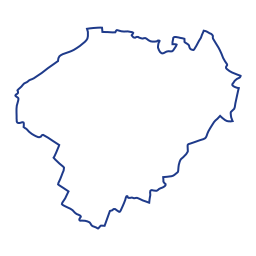 the district of Tan An, Long An, Vietnam
{"feature_id": "81297802B36271966780528", "entity_name": "Tan An", "entity_type": "district", "adm_level": 2, "iso_a3": "VNM", "parent_name": "Vietnam", "parent_adm1": "Long An", "projection": "albers", "projection_center": [106.404, 10.526], "detail": "fine", "context": "isolated", "style": "outline", "palette": "blue", "viewbox_px": 256, "rotation_deg": 0, "n_neighbors": 0, "source": "geoboundaries", "source_scale": "gbopen_adm2", "svg_char_len": 4757}
<svg xmlns="http://www.w3.org/2000/svg" viewBox="0 0 256 256"><path d="M232.6,121.1L232.1,119.9L231.2,117.4L230.9,115.5L230.7,113.3L230.7,112.9L230.9,112.0L231.6,111.3L232.2,110.7L234.2,108.8L234.8,107.0L235.4,103.2L237.3,94.4L238.2,90.3L238.8,88.1L237.1,87.8L234.9,87.0L233.4,86.2L232.4,85.2L232.3,84.5L232.6,83.7L233.4,82.8L234.7,80.8L236.8,79.0L239.6,77.6L240.1,77.1L240.6,76.1L240.6,75.8L237.3,74.6L232.1,72.5L229.4,71.0L226.8,69.0L226.1,68.1L226.0,67.2L226.2,66.6L227.1,65.2L227.1,64.6L227.0,64.2L224.9,61.1L223.1,57.9L221.5,53.8L219.8,50.1L218.5,47.6L215.9,43.4L213.0,38.6L212.8,37.5L212.9,36.0L212.3,34.9L211.2,33.9L209.5,33.2L207.2,31.8L205.6,31.1L203.7,30.7L203.2,32.1L202.0,34.7L200.9,37.8L199.0,40.8L196.3,45.9L194.7,48.5L194.1,49.5L193.4,50.0L192.8,49.9L192.2,49.8L190.7,49.2L189.9,48.3L189.4,47.1L189.0,45.5L188.4,44.7L187.5,44.0L185.9,43.0L184.7,42.2L184.5,41.8L184.5,41.0L184.5,39.7L184.4,38.8L182.6,38.3L179.8,37.8L178.8,37.5L175.9,37.0L174.7,37.0L173.8,37.3L173.3,37.8L173.0,39.7L172.5,42.1L172.5,44.2L174.3,44.2L175.9,44.3L176.6,44.6L176.2,45.8L175.2,47.4L173.1,50.5L172.0,51.3L170.8,51.4L168.5,51.2L166.9,51.5L166.1,51.8L163.9,53.0L162.7,53.4L161.5,53.2L160.0,51.9L158.8,49.8L158.6,49.1L158.0,47.7L158.0,46.3L158.3,44.2L158.7,42.6L159.4,41.6L159.5,40.8L158.9,40.5L158.0,40.5L156.6,41.4L154.6,41.6L152.5,41.6L150.6,41.3L148.6,40.3L146.5,38.7L145.4,38.1L144.2,38.1L143.0,38.5L142.1,38.5L140.5,38.1L138.7,37.4L138.2,37.0L136.9,36.9L136.0,37.2L135.1,37.7L134.4,37.6L133.5,37.4L132.7,36.6L131.9,35.6L131.7,35.2L132.9,33.6L133.2,32.9L132.7,32.4L131.9,32.1L130.6,31.9L127.8,31.4L125.1,31.5L123.6,31.5L121.4,31.3L117.8,30.3L116.9,30.1L116.3,30.5L115.9,31.1L115.3,32.3L112.7,32.4L108.1,32.1L104.0,32.0L102.4,31.9L102.2,29.3L102.0,27.7L100.3,27.6L97.7,27.7L93.4,28.0L89.7,28.4L87.0,28.8L87.9,31.9L87.9,33.8L87.9,36.1L87.4,38.6L86.3,40.3L84.8,41.9L79.8,46.0L76.7,48.1L73.8,49.9L71.5,51.0L69.5,51.8L66.9,52.7L64.1,53.7L62.9,54.1L61.0,55.1L59.5,56.2L58.6,57.8L58.3,58.8L58.0,61.1L57.2,61.6L54.0,63.9L48.0,68.1L41.7,73.0L37.5,75.8L33.8,78.3L31.9,79.2L30.2,79.8L28.9,80.5L27.8,81.5L26.8,82.2L25.5,82.8L24.1,83.5L22.8,84.9L21.4,86.6L20.2,87.7L18.5,89.2L17.5,90.3L17.7,90.6L17.8,91.3L18.0,91.8L18.0,92.8L17.8,93.2L17.4,93.6L16.9,94.0L15.9,94.6L15.4,95.4L15.4,95.6L15.6,96.0L16.2,96.5L17.9,97.7L18.3,98.2L18.4,98.7L18.4,99.4L18.1,100.9L17.4,103.5L16.8,105.6L16.5,108.8L16.5,112.3L16.6,116.2L16.6,119.0L16.7,119.6L16.7,120.3L16.7,121.2L16.8,121.5L17.0,122.1L17.4,122.6L18.0,122.9L18.7,123.0L19.5,123.0L20.4,122.8L21.9,122.3L22.6,122.2L23.0,122.3L23.5,122.5L23.7,122.9L23.8,123.6L23.8,124.2L23.8,125.4L23.7,126.3L23.6,127.0L25.0,128.1L26.1,128.7L27.0,129.5L29.0,131.7L31.8,133.9L34.0,135.2L35.9,136.2L38.1,137.1L39.3,137.2L40.8,136.7L41.6,135.6L42.0,135.2L42.5,135.0L43.2,134.9L43.7,135.2L47.9,137.6L53.0,141.0L58.4,144.5L59.2,145.0L58.9,146.0L56.1,152.7L54.3,156.6L53.6,157.7L55.2,159.5L59.5,163.6L63.4,166.8L64.0,167.7L63.9,168.6L63.6,170.6L62.7,172.7L61.4,176.1L60.2,179.1L58.4,183.0L58.2,184.0L58.1,184.4L59.1,185.2L63.6,188.1L68.5,191.4L65.1,198.5L62.3,202.7L61.9,204.1L62.6,204.9L64.4,205.9L67.7,207.5L70.3,208.7L72.6,210.2L73.5,211.2L74.9,212.7L76.6,214.0L78.6,214.8L80.3,215.7L80.8,216.5L80.7,217.0L80.3,217.5L79.3,219.2L79.5,220.2L80.2,220.7L81.9,220.6L85.1,220.8L87.4,221.4L89.6,222.4L90.6,223.7L91.1,224.7L91.8,225.5L92.5,226.1L93.9,226.6L96.2,227.5L97.7,228.4L98.3,228.4L100.5,225.9L101.0,225.6L104.6,225.8L109.9,211.0L112.2,210.3L113.3,209.3L113.9,209.0L115.2,209.1L117.2,210.6L119.1,211.8L119.7,211.8L120.6,210.7L122.7,206.1L124.0,203.1L125.3,199.7L125.8,197.7L126.4,196.4L127.0,196.1L127.5,196.4L127.7,197.2L128.2,197.7L128.7,197.9L129.8,197.9L130.6,197.8L131.5,197.6L132.0,197.6L132.7,197.8L133.8,198.2L134.6,198.2L135.5,198.0L136.2,197.9L137.1,197.9L137.7,198.1L139.4,198.8L142.7,200.4L145.9,201.5L148.8,202.6L149.2,202.7L149.5,199.8L149.8,197.8L150.1,196.2L150.3,195.0L150.2,193.4L150.1,192.4L150.4,190.8L151.2,190.2L151.8,190.1L153.6,190.5L156.2,190.8L157.0,190.6L157.9,190.0L158.9,189.1L160.4,188.3L162.6,187.5L164.3,186.5L165.2,185.7L165.6,184.9L165.5,184.0L164.6,183.3L163.7,182.1L163.4,181.5L163.4,180.0L163.2,177.1L166.9,176.8L171.6,176.2L173.3,175.6L174.5,174.8L177.7,172.2L178.0,171.6L178.2,170.6L178.3,169.3L178.5,167.0L178.8,164.8L179.7,161.6L180.4,160.0L181.1,159.0L183.2,157.2L186.2,154.1L187.4,152.2L187.8,151.4L187.8,150.2L187.7,148.3L187.6,146.0L187.7,145.0L188.0,144.5L188.8,144.0L190.2,143.6L194.3,142.2L199.9,140.2L203.5,139.1L204.6,138.5L205.2,138.2L206.0,137.2L206.7,135.7L207.4,133.6L208.4,131.3L210.1,128.3L211.9,125.4L214.0,122.1L215.4,120.5L217.5,118.7L218.6,117.5L220.1,115.9L220.2,116.0L222.4,118.0L225.1,120.1L226.9,121.0L228.5,121.3L230.7,121.4L232.6,121.1Z" fill="none" stroke="#1e3a8a" stroke-width="2"/></svg>